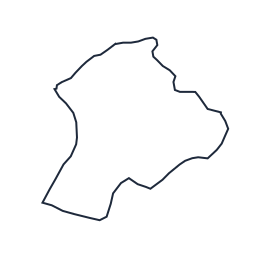 the district of Thaechon, P'yŏngan-bukto, North Korea, rotated 79°
{"feature_id": "82179303B82011588476807", "entity_name": "Thaechon", "entity_type": "district", "adm_level": 2, "iso_a3": "PRK", "parent_name": "North Korea", "parent_adm1": "P'yŏngan-bukto", "projection": "mercator", "projection_center": [125.154, 40.185], "detail": "fine", "context": "isolated", "style": "outline", "palette": "slate", "viewbox_px": 256, "rotation_deg": 79, "n_neighbors": 0, "source": "geoboundaries", "source_scale": "gbopen_adm2", "svg_char_len": 991}
<svg xmlns="http://www.w3.org/2000/svg" viewBox="0 0 256 256"><g transform="rotate(79 128 128)"><path d="M130.4,33.8L124.5,46.2L110.9,52.2L105.4,55.1L103.9,62.7L102.4,70.2L99.6,74.7L91.5,74.6L86.2,71.6L79.3,76.0L73.8,82.0L66.9,86.5L62.8,89.5L57.4,89.4L52.2,83.4L46.8,83.3L44.0,86.3L43.8,93.9L45.0,101.4L44.8,108.9L43.3,116.5L43.2,124.0L42.9,124.2L47.5,133.5L50.8,141.0L50.8,147.5L51.9,149.7L55.1,156.2L58.4,161.5L63.8,169.1L68.1,174.5L70.3,184.2L72.4,189.6L75.7,190.7L75.8,192.7L84.3,189.6L91.9,184.2L102.7,178.8L112.5,177.7L127.6,179.9L134.1,182.0L144.9,189.6L151.4,198.2L164.4,209.0L173.1,216.5L185.0,226.2L189.3,217.6L196.9,207.9L202.3,197.1L208.8,183.1L210.0,180.4L213.1,173.4L211.0,165.9L199.1,159.4L189.3,155.1L180.7,145.4L177.4,136.7L185.0,129.2L189.3,121.6L191.9,117.6L185.4,104.0L180.2,96.4L173.7,84.3L171.1,78.2L169.9,70.7L170.1,64.7L173.0,55.6L166.4,45.0L161.2,39.0L154.5,34.4L147.9,29.8L139.7,31.2L131.6,34.2L130.4,33.8Z" fill="none" stroke="#1e293b" stroke-width="2"/></g></svg>